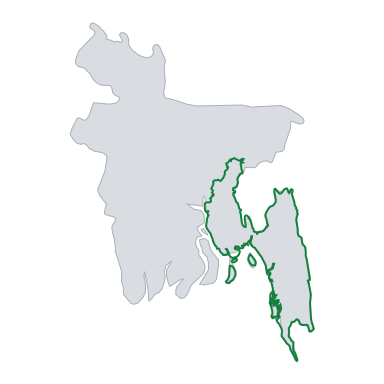 location of Chittagong within Bangladesh
{"feature_id": "BGD-2476", "entity_name": "Chittagong", "entity_type": "Division", "adm_level": 1, "iso_a3": "BGD", "parent_name": "Bangladesh", "parent_adm1": "", "projection": "orthographic", "projection_center": [91.588, 22.498], "detail": "fine", "context": "in_parent", "style": "outline", "palette": "green", "viewbox_px": 384, "rotation_deg": 0, "n_neighbors": 0, "source": "natural_earth", "source_scale": "10m", "svg_char_len": 9699}
<svg xmlns="http://www.w3.org/2000/svg" viewBox="0 0 384 384"><path d="M121.5,281.8L121.6,271.3L115.1,250.6L115.5,248.3L114.2,238.4L112.6,232.8L111.8,227.0L116.1,218.6L114.4,217.2L105.3,214.5L104.3,212.3L106.4,204.0L100.0,196.0L97.5,190.1L104.9,171.3L107.0,158.2L106.5,155.6L102.3,152.6L94.8,151.3L89.5,148.7L86.4,144.9L83.8,143.4L80.6,144.4L76.4,142.8L73.0,139.1L70.2,134.5L71.5,129.6L77.3,118.1L79.3,117.8L84.0,120.2L85.8,120.2L89.0,115.7L93.6,102.7L108.8,104.1L112.5,103.8L116.3,102.8L118.4,101.2L119.6,99.1L119.2,97.3L114.6,94.8L112.8,92.9L111.7,87.6L110.3,85.6L101.2,85.2L96.5,82.7L94.0,80.5L89.5,73.2L83.9,67.8L78.5,66.5L76.4,64.7L75.3,62.0L76.1,58.1L79.1,50.6L94.4,34.7L94.9,32.9L94.4,30.8L90.0,28.1L89.8,26.8L91.1,23.4L93.6,23.0L98.7,26.2L103.8,31.4L106.8,35.9L106.9,39.4L110.9,40.2L114.3,41.8L117.9,41.4L120.1,42.3L121.7,42.0L122.3,40.0L119.4,34.9L120.9,32.7L124.3,32.9L126.8,34.9L128.5,38.9L128.7,45.0L132.7,50.6L137.9,54.6L142.1,56.5L147.1,57.8L151.4,56.6L153.6,52.8L152.7,49.3L153.4,46.3L155.2,44.6L157.9,44.7L159.8,47.2L165.5,60.5L164.2,66.4L165.3,82.5L163.7,93.1L164.6,97.1L165.5,97.9L174.4,100.0L187.2,104.3L197.1,106.0L241.7,105.0L251.4,107.1L281.2,105.5L289.3,108.8L298.1,114.3L303.1,118.4L304.0,120.7L303.5,122.7L301.8,123.8L298.8,123.9L291.8,121.3L290.6,122.0L290.5,128.4L284.9,144.4L284.1,149.4L282.1,151.3L276.2,152.3L272.3,161.7L270.6,162.8L266.8,160.8L264.4,161.1L261.3,162.0L258.3,164.1L256.2,166.8L253.8,167.7L245.4,167.5L243.8,171.8L238.3,177.5L234.5,192.5L234.7,197.1L239.4,209.0L242.6,224.6L243.8,226.2L245.4,226.3L245.5,219.2L247.1,218.3L249.0,219.1L253.0,228.7L255.2,231.1L258.7,231.8L262.7,230.3L265.7,227.5L266.9,224.5L265.9,214.0L267.8,209.8L274.6,203.4L275.6,201.5L275.1,191.0L277.7,190.7L281.2,191.5L285.5,189.0L286.9,188.9L288.7,191.6L291.8,191.1L296.6,211.8L297.0,226.5L298.2,234.6L299.8,236.4L305.1,248.6L310.3,291.6L311.0,318.9L313.2,328.1L311.5,330.2L309.8,330.6L308.2,327.4L296.9,320.5L294.2,321.2L290.4,325.3L288.9,329.0L289.5,334.3L290.8,339.4L293.5,342.4L293.7,345.6L296.8,357.9L295.9,358.0L289.7,346.8L282.2,335.9L279.8,316.2L279.6,306.5L274.5,295.0L269.7,275.1L271.8,268.1L268.2,271.1L262.7,259.2L254.0,247.5L251.4,242.3L251.3,237.3L247.6,242.3L242.5,245.9L237.3,251.2L233.8,252.8L222.8,253.8L216.6,246.6L207.6,229.0L206.4,225.0L207.7,214.7L205.6,204.9L205.0,196.3L203.4,197.1L202.8,199.4L203.1,203.1L202.4,206.1L187.3,204.0L193.7,209.2L200.6,210.4L204.2,215.1L204.4,222.7L197.5,227.3L198.1,231.2L202.0,235.9L197.2,237.2L195.9,240.3L195.7,244.7L199.0,251.5L198.4,254.1L204.1,263.0L205.2,267.2L203.7,273.2L191.2,285.3L187.5,293.8L184.4,297.8L180.5,298.5L175.9,294.4L175.8,290.2L176.8,286.9L183.4,278.9L179.9,280.0L169.7,286.5L167.8,281.1L166.6,276.1L166.7,270.0L171.6,260.9L166.1,265.4L164.5,271.1L165.1,277.8L164.3,282.5L162.1,288.7L159.1,292.4L154.3,294.7L152.1,298.3L148.9,301.0L147.9,288.5L144.7,271.6L143.9,275.2L145.6,285.7L145.4,292.5L142.7,297.8L137.3,303.5L133.3,304.3L130.9,303.3L123.6,294.5L123.1,286.3L121.5,281.8ZM213.7,283.0L204.4,285.0L199.7,284.3L208.6,269.3L208.4,262.5L207.0,257.0L202.6,252.5L202.4,249.3L200.4,245.0L199.4,239.9L204.4,238.3L208.4,241.2L209.8,247.0L211.7,251.3L218.7,260.2L218.5,265.7L216.6,279.0L213.7,283.0ZM233.7,278.2L228.0,282.2L230.0,258.3L234.1,267.2L235.2,272.0L233.7,278.2ZM255.4,266.3L252.9,268.0L250.6,266.5L247.6,260.9L249.1,253.8L250.0,252.7L253.6,260.0L255.4,266.3ZM276.4,316.7L273.2,316.9L271.6,315.2L272.4,312.8L271.5,305.1L275.6,304.3L277.1,310.8L276.4,316.7ZM272.8,295.0L270.4,302.7L269.5,299.3L271.1,292.5L272.8,295.0ZM206.8,232.6L207.7,235.1L202.6,231.8L201.2,229.6L203.5,228.4L206.8,232.6Z" fill="#d9dde1" stroke="#a8b0b8" stroke-width="1"/><path d="M311.6,321.6L313.8,328.6L313.3,329.5L312.2,330.6L311.0,331.5L309.9,331.6L309.2,330.8L308.4,327.3L307.4,325.0L306.0,324.7L304.2,325.1L301.9,324.9L300.7,324.5L299.7,323.7L298.9,320.8L298.2,319.8L296.5,319.3L294.5,321.7L291.9,321.9L291.3,323.0L290.6,325.5L289.1,327.6L288.8,328.6L289.2,332.1L288.6,335.8L289.4,337.6L290.6,338.8L291.3,340.5L293.5,342.4L293.1,347.0L293.3,349.4L293.9,351.5L295.7,354.4L295.9,355.5L297.3,359.3L297.3,360.5L296.9,361.0L296.5,360.8L295.5,359.6L294.3,356.6L290.6,349.9L289.6,346.2L289.3,345.6L286.5,343.2L284.4,339.8L282.1,337.0L281.7,336.1L281.6,334.9L282.0,331.1L281.6,328.7L278.6,323.2L277.5,322.3L276.7,320.5L276.5,319.5L277.2,319.9L278.3,317.8L279.1,317.2L280.1,317.5L279.5,316.9L278.9,315.8L278.6,313.5L280.3,311.4L280.1,310.4L281.1,309.0L280.9,308.5L281.2,307.9L281.1,307.4L280.4,306.9L280.7,305.3L280.5,304.8L280.1,305.7L280.5,305.7L279.8,307.6L279.2,308.5L278.3,308.5L277.9,307.8L278.3,305.3L277.9,305.3L277.6,306.3L277.1,306.2L276.4,304.7L276.6,303.4L277.8,302.9L278.6,302.1L278.3,301.7L277.4,302.4L277.0,301.9L277.3,301.0L278.6,300.5L278.6,300.1L276.1,300.3L274.2,300.9L273.7,300.4L273.8,299.1L274.4,297.8L275.3,297.3L274.9,296.7L275.1,296.2L276.4,295.4L276.4,295.0L275.4,295.3L274.6,296.2L274.1,294.3L273.7,291.5L272.7,290.1L272.7,287.9L271.3,282.0L271.2,280.0L272.0,280.4L271.7,279.6L271.2,279.7L270.8,280.5L270.9,281.6L270.5,281.6L269.4,279.3L269.1,277.9L269.0,276.5L269.3,275.6L270.5,274.1L270.4,273.1L269.0,272.1L268.8,270.6L269.8,269.9L272.3,268.9L272.9,267.9L274.1,263.8L273.0,263.8L272.4,266.9L272.5,267.3L270.7,269.0L268.3,270.3L267.9,270.9L268.1,271.8L269.8,272.9L269.8,274.0L268.9,274.7L267.7,274.6L266.9,273.3L265.9,266.7L265.4,264.6L261.8,257.5L254.9,247.9L253.2,247.2L252.3,246.4L251.1,244.4L250.7,244.6L250.4,244.4L250.1,243.0L250.2,242.3L250.7,241.6L251.9,237.5L251.9,236.1L251.5,236.1L250.4,240.2L249.9,240.8L248.7,241.2L248.0,242.2L247.7,243.4L247.8,244.8L246.3,243.8L244.2,243.6L244.2,244.0L245.3,244.4L245.5,244.9L244.9,245.4L241.2,245.7L243.5,246.7L243.3,247.6L242.7,248.1L240.9,248.4L238.8,248.0L238.7,246.7L237.3,246.4L235.5,246.4L235.4,246.7L236.1,247.3L236.4,248.0L236.0,248.4L234.8,248.3L234.8,248.8L239.2,250.2L239.8,251.3L239.7,252.1L238.6,255.1L237.5,256.1L236.5,256.9L232.5,257.9L230.5,256.9L229.4,255.3L228.9,252.8L226.7,248.8L226.0,249.1L226.8,249.9L227.5,251.5L227.9,253.2L227.8,254.3L226.7,254.8L224.9,255.1L223.3,255.0L222.6,254.4L222.3,253.6L220.9,252.6L219.6,250.5L219.2,248.8L218.6,248.6L217.0,248.7L216.2,246.3L214.9,245.4L214.5,244.4L213.8,243.3L212.9,240.7L212.5,238.8L211.2,235.9L210.8,233.9L206.7,228.3L206.2,226.7L206.1,225.5L206.7,221.9L206.8,219.6L207.1,218.3L208.1,216.1L207.9,215.0L208.3,215.0L207.4,213.1L207.4,212.4L208.0,211.9L207.5,211.7L207.6,211.4L206.2,211.9L205.3,210.7L204.7,207.9L204.8,204.5L205.2,203.2L206.5,202.4L209.6,202.4L210.9,201.7L210.9,199.6L210.7,198.8L210.2,198.5L210.7,197.8L212.4,196.4L212.0,195.8L212.3,195.3L213.7,194.9L213.8,194.6L212.0,192.5L212.4,192.0L212.9,190.8L212.5,190.0L211.3,188.8L213.3,184.2L213.4,183.4L213.1,182.1L213.4,181.3L214.7,180.3L216.7,180.3L218.1,179.7L220.3,181.0L221.5,180.1L223.5,177.3L224.6,174.9L224.9,173.5L224.7,172.4L225.2,171.0L226.6,169.9L227.7,168.7L228.1,167.5L227.0,166.9L227.4,166.1L226.5,164.7L226.3,163.3L227.9,162.7L229.6,160.3L230.3,160.9L231.1,161.0L231.1,159.3L233.5,158.6L234.2,158.1L238.5,160.4L239.8,160.6L241.9,159.0L242.9,158.7L243.6,159.0L243.4,159.6L240.9,161.5L242.8,162.6L240.9,163.2L240.5,164.0L241.1,165.9L241.6,169.6L241.8,170.5L242.6,171.5L242.3,173.4L241.4,173.2L240.5,173.6L239.8,174.2L237.5,178.2L237.3,179.8L238.1,181.9L237.9,182.9L236.9,186.1L236.3,187.0L235.3,187.5L233.5,187.9L233.0,189.0L233.2,190.3L234.9,191.1L235.3,191.9L234.8,192.9L233.4,192.9L233.2,194.3L233.4,195.3L234.9,198.2L236.3,202.0L237.6,203.0L238.0,203.6L239.1,207.9L239.6,209.0L241.0,209.8L241.1,210.1L240.0,211.6L240.6,213.1L241.8,222.4L242.5,224.8L243.8,226.5L245.5,227.0L245.7,225.1L244.8,220.2L244.7,217.7L245.0,216.3L245.6,215.5L246.8,215.5L247.8,216.3L249.0,218.2L249.2,217.7L249.6,218.2L249.6,219.2L250.5,220.0L252.6,228.1L253.4,228.6L253.6,230.9L254.3,231.7L256.5,232.4L257.0,233.8L257.8,233.3L258.6,231.9L259.1,231.7L260.2,232.0L262.7,231.3L263.4,230.9L265.0,229.2L265.9,227.8L266.0,227.1L266.2,226.8L267.1,226.8L268.1,225.4L267.2,223.0L266.4,219.0L265.6,217.2L265.3,214.9L266.3,212.1L269.2,207.5L270.1,206.7L273.0,205.5L273.8,204.8L275.7,202.0L275.8,199.8L274.4,193.1L274.3,190.9L274.4,189.7L274.7,188.9L275.5,188.9L279.0,193.2L279.8,193.7L281.1,193.3L282.0,192.5L284.5,189.1L286.8,188.4L287.8,190.0L288.4,192.2L289.1,193.2L289.9,192.4L290.6,189.7L291.4,189.2L292.5,189.8L292.7,191.0L292.0,193.5L292.2,195.4L294.3,202.0L294.8,205.6L296.1,207.2L296.2,208.9L297.3,210.1L297.3,212.3L297.8,214.4L296.5,217.5L296.3,220.6L297.7,228.8L297.7,232.8L298.1,234.7L299.1,236.3L300.8,237.0L301.6,237.9L302.5,244.2L304.6,246.3L305.1,247.1L305.4,248.0L305.8,252.5L305.7,255.8L306.6,258.6L309.9,278.4L309.8,279.9L308.4,280.2L307.8,280.7L309.0,284.6L310.9,294.7L310.0,303.5L311.0,318.7L311.6,321.6ZM233.6,267.7L234.0,269.1L234.8,269.8L235.4,271.9L235.6,275.1L233.2,279.8L231.3,281.2L230.6,281.4L230.0,282.4L229.0,283.1L226.8,282.8L226.2,282.4L225.9,281.5L227.5,279.7L228.8,277.2L229.3,274.4L229.7,265.8L230.6,265.7L232.5,266.6L233.6,267.7ZM275.7,300.9L275.9,304.7L277.8,308.5L278.3,310.8L277.6,315.8L277.1,316.8L273.5,316.7L273.8,317.9L273.1,318.3L272.6,318.2L271.8,317.4L271.4,316.0L271.4,315.6L272.3,314.4L272.4,312.4L272.1,310.1L271.0,306.2L271.3,304.1L272.3,302.4L272.9,302.5L273.7,303.1L273.9,303.8L273.1,306.5L274.0,305.4L274.3,304.1L274.2,302.6L273.8,301.3L275.7,300.9ZM250.6,254.5L255.4,260.7L255.8,263.2L255.3,265.1L252.8,265.4L251.1,264.5L249.5,262.2L248.6,259.9L248.3,258.0L249.5,255.1L250.6,254.5ZM273.1,296.0L272.9,296.9L272.2,298.4L271.8,300.4L270.6,303.6L270.2,304.1L269.7,303.1L270.5,298.4L270.2,295.4L270.7,293.7L272.0,292.2L272.3,292.6L273.1,296.0ZM232.3,260.1L236.4,258.6L237.0,259.7L236.4,261.0L234.2,262.3L232.9,262.3L231.8,261.6L232.3,260.1Z" fill="none" stroke="#15803d" stroke-width="2"/></svg>